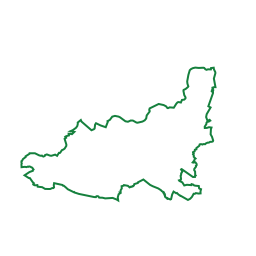 Limerick City East Lea-7, Limerick, Ireland (Natural Earth projection), rotated 19°
{"feature_id": "5873133B74444247037328", "entity_name": "Limerick City East Lea-7", "entity_type": "district", "adm_level": 2, "iso_a3": "IRL", "parent_name": "Ireland", "parent_adm1": "Limerick", "projection": "natural_earth1", "projection_center": [-8.537, 52.67], "detail": "fine", "context": "isolated", "style": "outline", "palette": "green", "viewbox_px": 256, "rotation_deg": 19, "n_neighbors": 0, "source": "geoboundaries", "source_scale": "gbopen_adm2", "svg_char_len": 4067}
<svg xmlns="http://www.w3.org/2000/svg" viewBox="0 0 256 256"><g transform="rotate(19 128 128)"><path d="M80.8,135.8L78.7,139.2L79.2,140.5L79.4,142.6L78.8,144.7L76.6,147.9L74.7,149.7L78.5,149.2L77.0,152.1L75.5,152.1L74.4,153.4L74.0,152.6L73.7,152.7L74.5,154.3L72.8,155.4L72.4,156.3L71.8,156.3L71.5,156.8L72.6,157.5L71.6,158.9L75.1,163.7L75.5,165.0L74.8,168.1L73.9,169.4L72.7,170.5L71.9,173.5L71.5,173.9L70.8,174.0L70.0,177.4L67.8,176.9L64.6,179.2L63.3,179.5L59.9,179.4L58.4,180.6L58.4,181.5L57.4,182.5L56.2,182.5L55.6,182.1L54.4,182.7L52.9,182.8L48.3,182.2L43.2,183.9L43.3,184.4L40.4,188.1L40.7,188.7L38.8,191.6L38.5,193.7L38.1,194.0L38.3,195.0L39.1,196.1L39.0,196.8L40.1,199.7L43.1,198.3L44.8,198.0L46.0,197.0L46.5,197.1L47.2,196.5L48.5,196.4L49.0,196.6L50.4,196.7L52.2,198.0L51.7,199.0L51.9,199.5L49.2,201.7L45.6,206.4L50.5,207.6L51.5,207.3L55.8,210.4L56.6,210.6L56.7,211.4L57.1,211.5L56.8,212.2L57.1,212.4L58.7,212.5L60.9,211.5L61.7,212.9L66.1,211.9L69.5,212.6L74.3,211.0L76.0,209.4L77.0,209.1L77.4,208.2L76.4,206.2L76.1,204.2L84.6,203.2L85.3,203.7L86.1,203.5L88.5,204.4L91.0,205.5L98.1,206.4L98.2,206.2L98.5,206.4L103.1,206.3L118.5,204.3L120.2,203.8L120.4,202.8L121.7,202.3L122.4,202.4L123.4,203.2L126.7,202.2L129.3,202.0L136.3,199.1L140.4,199.3L142.3,199.7L140.9,196.9L140.7,193.7L141.7,192.4L141.2,191.7L142.1,191.5L141.3,189.4L141.8,187.2L140.9,185.1L142.8,183.8L142.8,183.3L143.4,183.2L146.7,182.7L148.8,183.6L149.4,182.8L149.9,182.9L151.0,181.7L151.2,181.9L151.8,181.4L152.3,180.4L152.2,179.0L155.2,176.8L155.1,176.1L159.3,171.7L167.4,174.6L170.4,175.0L176.3,175.3L179.5,176.1L180.5,176.7L182.6,177.0L182.9,177.2L182.6,177.8L183.7,178.7L184.3,178.6L184.5,179.5L184.9,179.5L185.3,180.8L186.0,181.3L187.7,181.4L187.7,181.9L188.4,182.2L189.3,181.7L191.3,181.8L191.9,181.2L191.4,176.5L191.8,173.3L194.8,174.0L195.4,173.5L197.2,174.4L199.5,175.1L199.6,174.9L208.1,176.5L209.8,174.7L210.9,172.3L211.5,168.8L212.6,168.5L213.3,167.5L216.1,167.0L217.9,166.2L217.2,164.4L217.0,162.1L215.4,162.1L214.9,161.9L213.8,159.8L210.2,160.7L208.8,160.7L208.1,160.3L206.4,160.4L206.5,161.4L202.2,162.5L199.9,164.0L197.0,161.7L193.8,161.3L193.3,160.9L194.7,159.9L194.8,159.0L193.3,156.0L193.5,155.1L193.0,153.5L193.4,152.7L193.5,151.5L191.7,149.9L192.1,149.4L205.4,153.2L207.2,152.5L206.9,151.7L207.5,150.9L206.8,150.4L205.6,147.3L204.3,146.3L204.0,145.1L204.9,142.4L204.5,141.6L205.0,140.9L204.8,140.1L204.4,139.5L202.9,138.5L202.5,138.8L201.8,138.6L201.8,138.9L201.0,139.5L200.4,139.5L201.3,136.9L201.1,135.8L201.8,134.9L199.5,133.8L199.1,132.3L198.1,131.8L198.4,130.6L197.5,130.2L197.3,129.7L198.6,128.4L198.3,126.8L199.6,125.9L199.2,124.7L201.2,121.6L201.1,120.2L201.6,119.8L202.8,119.4L203.8,119.4L204.4,118.7L206.2,118.2L206.6,117.3L207.9,116.0L209.2,115.5L210.2,114.3L211.0,114.0L211.7,113.8L212.6,113.0L212.6,112.1L210.3,109.0L208.2,107.1L206.8,102.2L206.8,100.4L204.3,100.9L202.6,102.2L200.6,103.0L200.1,101.8L200.8,98.8L200.5,97.3L200.9,96.2L201.6,96.1L202.6,95.3L202.4,95.0L203.3,94.2L202.5,93.7L200.8,95.3L198.3,92.2L197.9,89.3L199.4,81.7L196.9,81.3L197.0,67.3L196.7,66.5L196.2,66.5L195.1,65.9L195.3,65.1L195.8,64.9L196.3,65.0L196.3,64.4L195.1,63.8L195.5,63.1L194.8,62.3L196.0,61.4L197.4,60.9L193.1,53.3L192.8,47.9L192.4,46.8L190.1,44.5L189.4,43.1L187.0,44.3L187.3,45.6L184.5,46.5L183.3,47.4L182.1,47.3L180.5,46.4L179.6,46.5L175.3,48.2L171.9,49.0L169.7,50.4L168.3,51.9L167.6,53.3L167.8,58.1L168.8,64.7L169.8,66.8L171.5,69.0L171.3,69.8L169.8,72.3L168.2,73.9L168.3,74.8L170.5,78.6L172.4,80.3L172.7,81.3L172.0,82.8L169.9,83.9L169.7,86.7L167.4,87.0L166.5,87.6L165.8,89.2L164.7,93.9L160.7,94.9L159.5,96.1L158.8,96.3L156.9,95.1L154.2,94.7L149.2,95.3L142.1,102.4L142.2,104.1L142.9,104.7L143.1,105.4L141.6,110.0L142.1,113.1L141.3,115.3L139.6,117.2L135.3,119.9L134.2,120.1L130.4,119.4L129.7,119.5L128.2,120.0L125.9,122.1L123.4,122.5L117.0,120.5L115.4,120.3L111.7,120.8L109.4,122.4L108.2,126.2L106.4,128.2L106.9,128.7L106.7,134.5L101.2,134.5L96.2,133.9L95.8,135.5L96.6,139.4L96.1,140.3L94.2,142.0L82.0,137.1L80.8,135.8Z" fill="none" stroke="#15803d" stroke-width="2"/></g></svg>